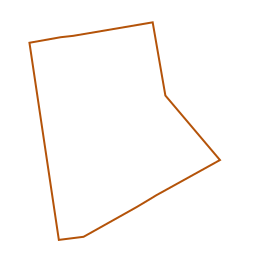 the district of Hood, Texas, United States of America, rotated 261°
{"feature_id": "52423323B45355972710900", "entity_name": "Hood", "entity_type": "district", "adm_level": 2, "iso_a3": "USA", "parent_name": "United States of America", "parent_adm1": "Texas", "projection": "robinson", "projection_center": [-97.864, 32.396], "detail": "fine", "context": "isolated", "style": "outline", "palette": "amber", "viewbox_px": 256, "rotation_deg": 261, "n_neighbors": 0, "source": "geoboundaries", "source_scale": "gbopen_adm2", "svg_char_len": 297}
<svg xmlns="http://www.w3.org/2000/svg" viewBox="0 0 256 256"><g transform="rotate(261 128 128)"><path d="M28.3,42.2L27.5,67.1L48.8,124.8L57.3,145.8L79.9,208.1L82.0,213.8L154.2,170.0L228.5,168.9L227.6,88.2L228.2,75.7L227.6,44.0L28.3,42.2Z" fill="none" stroke="#b45309" stroke-width="2"/></g></svg>